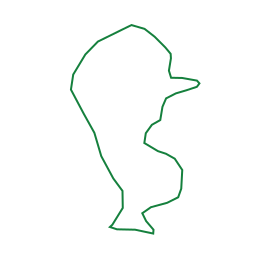 Simrishamn, Skåne, Sweden, rotated 192°
{"feature_id": "70781695B62390377140785", "entity_name": "Simrishamn", "entity_type": "district", "adm_level": 2, "iso_a3": "SWE", "parent_name": "Sweden", "parent_adm1": "Skåne", "projection": "robinson", "projection_center": [14.183, 55.612], "detail": "fine", "context": "isolated", "style": "outline", "palette": "green", "viewbox_px": 256, "rotation_deg": 192, "n_neighbors": 0, "source": "geoboundaries", "source_scale": "gbopen_adm2", "svg_char_len": 710}
<svg xmlns="http://www.w3.org/2000/svg" viewBox="0 0 256 256"><g transform="rotate(192 128 128)"><path d="M81.4,30.0L81.9,33.8L90.9,40.7L96.3,47.6L89.1,55.3L74.1,63.0L64.5,70.7L63.3,79.7L66.2,98.2L75.9,107.7L85.5,110.7L93.9,111.6L108.9,116.7L109.5,126.6L105.3,136.1L98.1,142.5L98.7,155.9L96.9,164.9L88.4,171.8L78.8,177.0L69.2,182.6L68.2,184.7L67.4,186.5L70.4,188.7L85.4,188.2L96.3,186.1L99.9,192.6L100.5,205.1L101.7,209.4L108.3,214.6L120.9,222.8L132.4,228.4L146.0,229.4L154.2,223.0L175.4,206.3L185.0,191.1L192.7,168.9L191.8,153.7L174.4,132.9L159.9,116.3L148.3,94.9L131.9,75.6L120.3,65.3L116.5,48.7L123.2,30.1L125.1,27.4L117.7,26.6L99.9,30.0L81.4,30.0Z" fill="none" stroke="#15803d" stroke-width="2"/></g></svg>